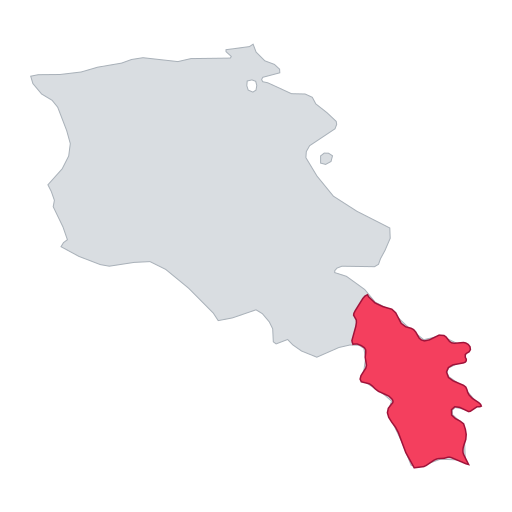 Syunik on a map of Armenia (Robinson projection)
{"feature_id": "ARM-1732", "entity_name": "Syunik", "entity_type": "Province", "adm_level": 1, "iso_a3": "ARM", "parent_name": "Armenia", "parent_adm1": "", "projection": "robinson", "projection_center": [46.179, 39.357], "detail": "fine", "context": "in_parent", "style": "filled", "palette": "rose", "viewbox_px": 512, "rotation_deg": 0, "n_neighbors": 0, "source": "natural_earth", "source_scale": "10m", "svg_char_len": 3447}
<svg xmlns="http://www.w3.org/2000/svg" viewBox="0 0 512 512"><path d="M218.2,320.6L213.3,313.1L188.7,288.3L165.7,269.4L150.0,261.6L134.1,262.4L109.3,266.2L100.3,264.6L78.9,256.4L61.0,246.7L63.5,242.6L67.4,239.7L63.0,227.0L53.2,206.7L54.4,200.3L51.3,191.5L47.9,184.8L62.2,168.8L68.7,156.0L70.3,143.6L66.7,130.6L57.7,107.2L52.1,100.3L41.6,94.0L32.9,83.6L30.7,76.2L38.2,74.7L60.0,74.5L81.1,72.0L97.6,67.2L121.6,63.1L131.5,59.5L143.0,57.7L177.9,61.6L190.9,58.6L230.3,58.1L231.3,56.5L226.0,51.6L226.0,49.7L249.4,46.6L253.1,44.2L256.1,52.1L264.8,60.8L274.4,64.4L279.6,69.2L279.8,72.8L262.8,77.3L261.6,79.5L262.7,81.7L267.8,82.8L291.5,93.7L305.1,94.0L312.3,97.3L315.8,103.9L327.1,112.8L336.2,121.4L336.7,124.4L335.0,128.8L309.6,145.7L306.3,151.6L305.9,157.7L317.0,176.1L333.4,196.2L357.1,211.4L389.8,228.0L390.2,238.3L385.0,250.4L380.5,258.7L378.5,264.3L374.5,266.7L341.9,266.2L337.0,268.1L334.8,270.6L334.7,272.6L346.4,276.3L364.7,289.5L375.2,302.2L386.2,307.8L398.5,318.0L408.4,327.4L423.7,339.7L440.9,335.7L463.8,346.6L464.8,354.0L463.3,360.6L448.9,367.8L447.1,370.8L447.2,373.3L449.1,376.9L457.5,382.8L467.5,391.6L478.7,404.7L473.7,408.6L463.3,409.1L455.1,407.5L452.2,410.2L452.4,414.5L463.0,424.4L465.1,431.7L464.7,444.3L465.3,460.2L440.4,459.2L419.2,466.8L411.1,465.3L405.8,451.8L401.3,440.8L387.8,412.7L391.5,401.1L384.0,394.5L365.8,382.5L361.2,377.6L363.8,370.8L365.6,358.3L363.8,348.3L359.0,345.2L349.9,345.0L338.9,347.5L316.8,357.2L301.5,351.0L292.7,344.8L287.6,339.5L276.1,343.9L273.3,341.8L272.7,328.8L269.3,321.9L262.4,313.7L256.0,309.8L232.4,317.9L218.2,320.6ZM256.0,90.1L256.8,85.5L255.7,81.3L251.9,79.9L247.2,81.0L246.8,85.7L248.2,90.1L252.9,92.1L256.0,90.1ZM331.0,161.5L325.6,164.4L320.6,163.1L320.6,155.9L324.2,153.1L328.5,153.2L332.5,155.8L331.0,161.5Z" fill="#d9dde1" stroke="#a8b0b8" stroke-width="1"/><path d="M367.5,294.7L368.6,296.8L375.0,302.9L378.1,304.4L382.8,306.6L391.8,309.2L395.7,312.8L401.2,323.4L405.7,326.8L411.2,328.3L413.6,329.6L415.7,332.0L419.1,338.0L421.2,339.9L424.4,340.9L429.3,339.9L439.1,335.1L444.0,335.5L446.1,337.0L449.5,341.4L451.6,342.8L454.4,343.3L463.5,342.5L465.8,343.0L468.2,344.4L470.0,346.7L470.4,349.6L469.1,351.8L467.0,353.0L465.3,354.5L465.3,357.4L466.3,359.2L466.2,360.9L465.3,362.1L463.5,362.9L453.0,364.8L448.4,367.5L446.5,372.0L448.5,377.5L453.2,380.9L463.5,385.3L465.8,387.1L466.9,389.6L467.7,392.4L469.1,395.0L472.5,398.5L478.7,402.6L479.6,403.4L480.6,404.4L480.8,404.9L481.3,406.1L480.0,406.7L477.0,406.8L470.3,411.3L468.6,411.6L459.8,407.4L454.8,406.7L451.5,409.7L451.6,415.1L455.3,418.5L460.1,421.1L463.6,423.8L465.4,429.5L466.2,434.5L465.8,439.4L463.9,445.0L463.8,445.5L463.6,446.0L463.1,448.2L462.9,450.3L463.0,452.5L463.6,454.5L468.6,464.5L466.0,463.8L451.1,457.5L449.1,457.1L447.6,457.3L444.1,458.3L438.5,458.6L436.6,459.0L433.8,460.3L426.3,465.4L423.8,466.6L414.2,467.8L405.8,452.6L398.4,432.7L395.5,427.2L391.7,422.1L388.7,417.3L387.4,412.7L388.3,408.3L391.7,403.9L392.7,402.8L393.0,401.5L392.7,400.2L391.7,398.8L388.8,396.1L380.6,392.3L378.5,391.4L375.1,388.8L372.4,386.0L369.4,383.8L361.3,381.8L360.9,380.9L360.1,379.1L361.0,375.6L365.8,368.1L366.5,365.3L365.2,357.3L365.7,352.9L365.7,349.9L364.4,347.7L361.1,345.5L357.2,344.0L353.8,344.1L353.0,344.3L353.0,344.2L352.9,344.0L352.2,342.2L352.1,341.5L351.9,340.6L355.8,326.4L356.4,322.7L356.3,320.0L353.6,315.2L353.9,313.3L355.2,310.7L362.8,298.5L364.9,296.1L367.5,294.7Z" fill="#f43f5e" stroke="#9f1239" stroke-width="1.5"/></svg>